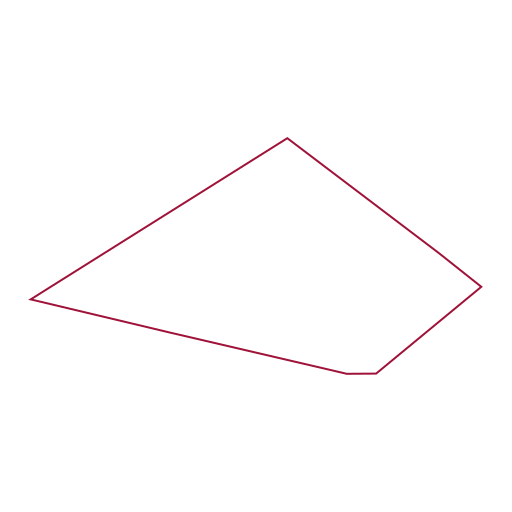 the district of Jeff Davis, Texas, United States of America
{"feature_id": "52423323B47004263581076", "entity_name": "Jeff Davis", "entity_type": "district", "adm_level": 2, "iso_a3": "USA", "parent_name": "United States of America", "parent_adm1": "Texas", "projection": "albers", "projection_center": [-104.238, 30.759], "detail": "fine", "context": "isolated", "style": "outline", "palette": "rose", "viewbox_px": 512, "rotation_deg": 0, "n_neighbors": 0, "source": "geoboundaries", "source_scale": "gbopen_adm2", "svg_char_len": 232}
<svg xmlns="http://www.w3.org/2000/svg" viewBox="0 0 512 512"><path d="M49.1,287.8L30.7,299.4L170.9,332.8L346.7,373.8L376.1,373.6L481.3,286.8L438.6,252.9L287.3,138.2L49.1,287.8Z" fill="none" stroke="#9f1239" stroke-width="2"/></svg>